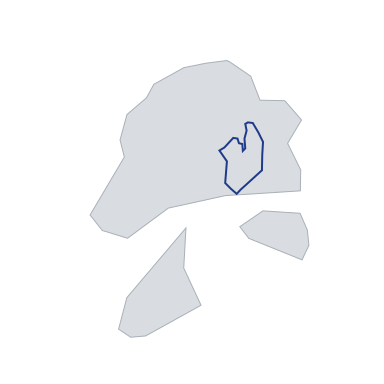 where Sha Tin sits in Hong Kong S.A.R., rotated 331°
{"feature_id": "HKG-5163", "entity_name": "Sha Tin", "entity_type": "state/province", "adm_level": 1, "iso_a3": "HKG", "parent_name": "Hong Kong S.A.R.", "parent_adm1": "", "projection": "robinson", "projection_center": [114.207, 22.389], "detail": "fine", "context": "in_parent", "style": "outline", "palette": "blue", "viewbox_px": 384, "rotation_deg": 331, "n_neighbors": 0, "source": "natural_earth", "source_scale": "10m", "svg_char_len": 973}
<svg xmlns="http://www.w3.org/2000/svg" viewBox="0 0 384 384"><g transform="rotate(331 192 192)"><path d="M154.3,111.6L155.8,110.1L172.7,92.7L197.7,87.6L210.9,79.3L245.3,79.3L266.3,86.0L286.2,93.9L288.1,96.5L299.5,119.2L296.0,144.7L317.4,157.1L322.7,182.1L299.2,195.8L297.8,225.4L287.3,243.5L219.4,211.3L163.5,194.6L113.2,201.2L94.9,182.2L91.7,162.7L149.8,128.6L154.3,111.6ZM145.0,295.4L81.6,295.4L68.0,289.3L61.3,276.4L83.8,252.8L169.3,220.5L147.9,254.5L145.0,295.4ZM268.4,295.3L255.3,304.7L219.2,260.1L217.0,245.5L244.9,242.9L276.2,263.0L274.4,281.3L268.4,295.3Z" fill="#d9dde1" stroke="#a8b0b8" stroke-width="1"/><path d="M254.3,164.7L257.7,167.3L256.7,172.1L259.3,174.4L256.4,180.7L259.7,179.7L263.8,170.7L269.5,164.8L271.6,158.3L274.6,158.2L278.6,161.1L278.9,172.1L278.4,182.6L271.5,193.5L263.7,206.9L243.9,211.6L235.7,213.5L230.2,215.3L227.5,207.8L225.4,200.2L237.4,182.1L236.1,169.0L241.9,168.8L254.3,164.7Z" fill="none" stroke="#1e3a8a" stroke-width="2"/></g></svg>